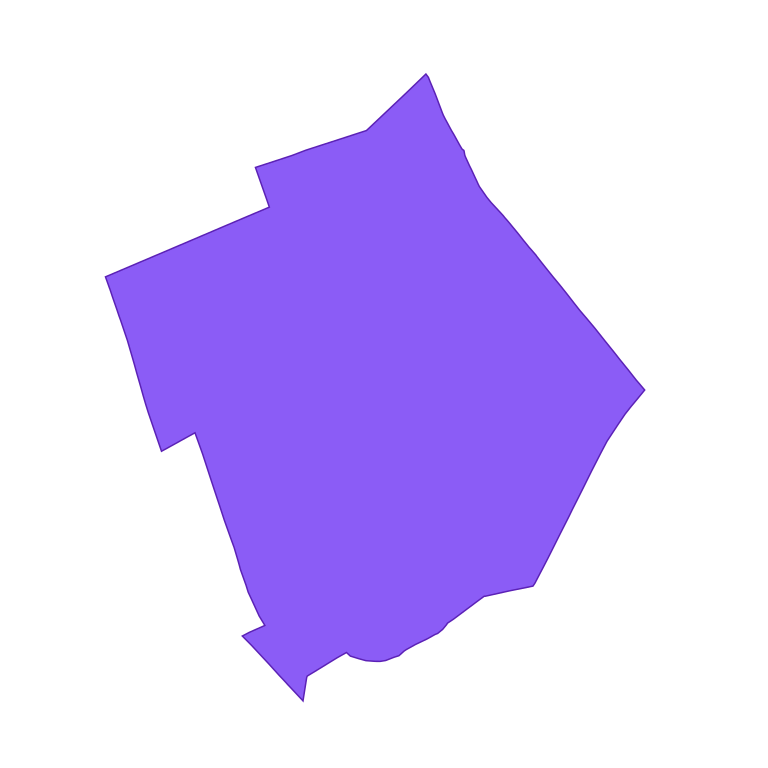 the district of Mihaesti, Olt, Romania, rotated 80°
{"feature_id": "2599482B3191735089576", "entity_name": "Mihaesti", "entity_type": "district", "adm_level": 2, "iso_a3": "ROU", "parent_name": "Romania", "parent_adm1": "Olt", "projection": "equal_earth", "projection_center": [24.801, 44.115], "detail": "fine", "context": "isolated", "style": "filled", "palette": "violet", "viewbox_px": 768, "rotation_deg": 80, "n_neighbors": 0, "source": "geoboundaries", "source_scale": "gbopen_adm2", "svg_char_len": 2279}
<svg xmlns="http://www.w3.org/2000/svg" viewBox="0 0 768 768"><g transform="rotate(80 384 384)"><path d="M584.4,253.1L573.8,245.2L561.8,236.3L549.3,226.9L545.8,224.3L543.3,222.5L540.8,220.7L530.8,213.2L519.9,205.1L505.9,194.8L489.0,182.0L479.1,174.3L464.9,160.9L455.6,151.9L448.9,144.4L446.5,141.5L435.2,128.3L429.2,131.8L423.8,135.0L413.3,140.6L400.7,147.6L393.2,151.6L379.6,159.1L365.4,166.8L355.0,172.8L345.5,178.4L337.5,182.7L326.5,188.5L316.6,193.9L307.7,199.0L299.5,203.5L291.2,208.0L284.8,211.4L283.4,212.0L274.0,217.7L272.3,218.6L266.6,221.8L260.6,225.0L255.4,227.9L251.9,229.9L249.2,231.4L244.5,234.1L240.9,236.3L239.0,237.3L236.3,239.0L223.9,247.0L218.0,250.3L207.6,255.1L206.1,255.8L203.4,256.6L200.2,257.4L196.2,258.5L187.9,260.7L183.9,261.9L174.7,264.3L172.7,264.7L169.8,264.7L168.7,264.7L167.8,264.8L167.4,265.2L167.0,265.6L166.4,266.2L165.3,266.7L161.8,268.0L150.1,272.0L148.8,272.5L146.2,273.5L141.7,275.0L138.3,276.1L133.6,277.7L129.6,278.9L127.3,279.4L117.8,281.2L111.9,282.3L107.2,283.2L93.8,286.2L89.8,287.0L86.0,288.9L101.8,312.4L129.8,354.9L131.4,357.4L131.4,357.7L140.2,420.5L143.0,435.1L148.4,473.0L181.7,467.5L189.9,466.2L197.9,500.9L212.6,564.1L230.1,639.7L235.9,638.7L242.4,637.6L242.7,637.5L251.5,636.2L263.9,634.2L269.9,633.3L271.2,633.1L275.1,632.4L296.8,629.1L305.1,628.2L314.2,627.2L321.8,626.4L330.3,625.6L344.4,624.1L353.6,623.2L362.7,622.2L371.2,621.1L389.8,618.2L411.6,614.8L407.8,603.6L402.9,589.4L399.2,578.6L421.4,574.8L449.7,570.8L468.9,568.0L474.9,567.1L490.4,564.9L509.3,561.7L512.8,561.1L518.9,560.0L532.1,558.5L537.0,558.0L541.8,557.6L558.2,554.8L565.4,553.9L574.0,551.6L590.9,547.2L599.6,543.8L601.1,543.3L605.2,559.8L607.6,567.3L618.0,560.1L627.7,553.8L639.4,546.2L652.3,538.1L660.7,532.6L663.5,530.9L664.2,530.4L678.9,520.8L680.7,519.6L682.0,518.8L659.6,511.1L658.3,510.3L654.2,499.8L645.5,477.8L641.9,467.6L646.1,464.4L650.1,456.6L653.3,449.9L655.6,440.8L656.5,436.1L656.6,430.4L654.8,421.3L654.2,416.5L650.4,410.4L649.4,408.1L646.0,398.3L644.6,393.2L642.5,385.7L639.5,377.1L639.0,374.5L635.8,368.8L631.7,364.0L630.6,363.1L627.6,356.3L619.8,340.9L615.1,331.6L610.4,322.2L610.6,321.3L609.5,296.3L608.9,272.4L606.3,269.9L598.2,263.7L592.0,258.9L587.8,255.7L584.4,253.1Z" fill="#8b5cf6" stroke="#5b21b6" stroke-width="1.5"/></g></svg>